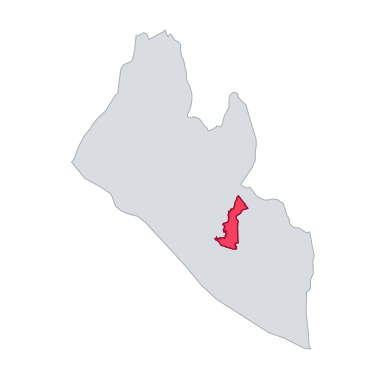 Gboe-Ploe, Grand Gedeh, Liberia shown in context, rotated 357°
{"feature_id": "62588387B47381315935072", "entity_name": "Gboe-Ploe", "entity_type": "district", "adm_level": 2, "iso_a3": "LBR", "parent_name": "Liberia", "parent_adm1": "Grand Gedeh", "projection": "equal_earth", "projection_center": [-8.826, 6.021], "detail": "fine", "context": "in_parent", "style": "filled", "palette": "rose", "viewbox_px": 384, "rotation_deg": 357, "n_neighbors": 0, "source": "geoboundaries", "source_scale": "gbopen_adm2", "svg_char_len": 5246}
<svg xmlns="http://www.w3.org/2000/svg" viewBox="0 0 384 384"><g transform="rotate(357 192 192)"><path d="M73.3,155.9L76.3,152.4L80.9,141.2L87.2,130.5L93.1,124.1L97.7,117.6L102.7,112.6L109.7,106.7L120.5,91.3L123.1,89.5L124.8,78.9L127.5,65.3L130.6,61.1L138.0,58.6L139.7,56.2L142.3,46.7L144.0,35.5L144.2,33.1L147.1,32.8L152.0,30.4L154.9,31.5L156.1,34.7L156.8,37.4L171.8,30.5L173.1,29.0L173.9,29.3L175.8,35.5L176.8,35.2L177.7,33.3L178.7,33.2L179.9,34.0L181.1,36.9L183.0,39.5L186.2,41.4L188.3,43.9L188.1,50.6L188.8,57.1L190.2,58.6L191.0,62.5L191.4,66.8L192.1,69.0L192.7,73.3L192.4,77.9L193.0,81.2L195.4,86.8L196.9,93.8L196.9,98.8L196.0,104.1L194.4,108.9L191.6,114.2L191.4,116.2L193.0,117.6L195.6,117.9L197.7,116.8L203.0,119.2L205.7,122.7L208.2,126.9L210.4,129.1L211.4,131.8L215.1,131.0L219.5,128.4L220.4,127.2L221.7,127.9L224.5,128.1L226.5,123.5L228.1,118.1L231.5,112.3L233.2,110.0L233.6,106.3L233.8,101.5L235.0,97.3L237.8,95.0L240.8,95.1L242.5,95.9L243.3,100.0L245.8,103.0L247.8,105.1L248.9,106.0L250.7,108.4L252.3,116.5L258.8,142.8L258.5,150.1L257.2,154.8L257.2,159.4L256.7,164.0L252.8,171.5L241.1,186.9L242.0,188.2L244.8,190.0L247.6,190.9L250.0,190.4L252.9,194.3L256.0,199.1L259.4,201.6L264.2,203.8L268.4,204.0L272.0,203.2L277.0,204.2L282.4,208.1L284.3,214.7L285.6,220.5L287.5,223.4L287.8,228.4L291.6,232.8L297.0,233.6L304.1,238.7L305.9,238.5L306.7,237.8L307.6,238.8L309.4,253.6L310.7,261.5L310.0,264.6L309.1,267.1L309.0,279.1L305.8,285.9L305.3,293.5L304.4,295.9L301.0,298.1L301.0,303.9L300.1,310.9L299.7,318.3L300.7,337.7L300.9,352.2L302.4,355.0L295.7,353.8L276.2,342.7L261.1,336.4L210.5,300.1L196.5,285.6L180.3,263.9L144.3,220.4L136.2,213.4L125.8,210.0L119.4,206.3L114.9,202.3L111.3,190.2L102.3,183.0L85.7,172.8L73.3,155.9Z" fill="#d9dde1" stroke="#a8b0b8" stroke-width="1"/><path d="M238.0,198.3L237.7,198.9L237.3,199.7L237.2,199.8L236.9,199.9L236.7,199.8L236.6,200.1L236.5,200.3L236.3,201.4L236.0,202.0L235.4,203.0L235.2,203.5L234.9,203.9L234.6,204.3L234.3,205.9L234.3,206.0L234.1,206.2L234.0,206.4L233.9,206.5L234.0,207.0L234.1,207.4L234.0,207.7L233.9,207.7L233.8,207.9L233.5,208.6L233.3,208.7L233.0,209.2L233.1,209.4L233.2,209.8L233.1,210.3L232.6,210.5L232.5,211.1L231.4,211.0L231.2,211.3L230.9,211.4L230.7,211.7L230.6,211.8L230.3,211.7L230.2,211.2L229.8,211.6L229.6,211.8L229.2,213.2L228.8,213.4L228.6,213.5L228.4,213.5L228.2,213.2L228.0,212.8L228.0,212.6L227.6,213.6L227.7,213.9L228.1,214.1L228.3,214.4L228.2,214.8L227.9,214.8L227.6,215.0L227.6,215.5L227.5,216.0L227.4,217.1L227.1,216.6L226.8,216.7L226.9,217.0L227.1,217.5L227.4,217.9L227.7,218.8L227.3,218.9L227.2,218.9L227.2,219.0L227.3,219.1L227.2,220.9L227.1,221.3L227.0,221.8L226.8,222.5L226.7,223.2L226.6,223.5L225.7,223.9L225.5,224.1L225.1,224.2L224.9,224.3L224.6,224.3L224.3,224.4L224.1,224.5L223.8,224.6L223.6,224.7L223.1,224.9L222.6,224.8L222.4,224.8L222.3,225.0L222.4,225.3L222.2,225.6L221.9,225.2L221.7,225.2L221.5,225.4L221.4,225.5L221.2,225.9L221.7,225.9L221.7,226.3L221.7,226.5L222.0,226.8L222.3,227.3L222.7,227.8L222.9,227.8L223.1,228.0L223.2,228.4L223.2,228.5L223.1,228.4L222.9,228.3L222.7,228.4L222.6,228.6L222.5,228.9L222.4,229.5L222.2,229.9L222.1,230.1L222.1,230.3L222.0,230.5L221.7,230.8L221.2,231.4L221.3,231.9L221.6,232.0L221.8,232.2L221.8,232.6L221.7,233.0L221.6,233.4L221.7,233.7L221.9,233.8L222.2,233.6L222.3,233.1L222.4,232.6L222.7,232.3L223.4,232.4L223.5,232.7L223.3,232.8L222.9,232.8L222.9,233.1L223.1,233.2L223.7,233.2L224.0,233.0L224.2,233.4L224.0,234.0L223.7,234.2L223.5,234.5L223.6,235.4L223.8,235.5L224.5,235.8L224.5,236.0L223.5,237.0L223.5,237.7L223.5,237.8L223.3,237.7L223.0,237.6L223.0,238.0L222.8,238.3L222.9,238.5L222.8,238.8L222.5,238.9L222.5,239.0L222.5,239.3L222.5,239.6L222.2,239.8L222.0,240.0L221.7,239.5L221.7,239.4L220.3,239.2L219.8,239.2L219.4,239.4L219.2,239.7L218.6,240.3L217.7,239.1L217.4,239.1L217.3,239.4L217.2,239.6L215.8,240.4L215.5,240.5L215.2,239.6L214.5,239.8L214.4,239.5L214.1,238.6L213.2,239.7L212.9,239.8L212.9,240.2L212.6,240.3L212.9,240.6L213.1,240.9L214.2,241.5L215.5,242.4L216.5,243.4L217.2,244.6L217.8,246.3L218.6,246.9L220.0,247.4L221.2,247.6L222.1,248.0L223.0,248.8L223.6,248.9L224.4,248.9L225.3,249.4L226.3,249.8L226.6,249.9L226.8,250.0L228.0,250.3L228.9,250.6L229.6,251.0L230.5,251.2L231.0,251.1L231.5,251.2L232.4,251.3L233.1,251.3L233.4,250.9L233.5,250.4L233.6,250.2L233.4,249.8L233.2,249.7L233.4,249.2L233.4,248.7L233.0,248.7L232.8,248.8L232.7,248.9L232.5,248.6L232.4,248.4L232.2,248.0L232.2,247.7L232.4,247.3L232.6,247.0L232.5,246.6L232.4,246.3L232.3,246.2L233.1,245.8L233.2,245.7L233.4,245.6L234.2,245.3L235.5,245.1L235.5,243.5L235.4,238.4L235.5,237.5L235.6,233.6L235.6,233.3L235.6,232.1L235.6,230.9L235.6,230.1L235.6,229.7L235.7,229.1L235.8,227.7L236.0,226.8L236.0,226.1L236.7,223.7L235.2,221.5L234.7,220.3L234.7,219.7L235.0,218.4L236.5,217.4L237.6,216.9L237.9,216.7L238.8,216.0L238.9,215.9L239.3,215.7L239.5,215.6L240.2,214.1L240.8,213.5L241.6,212.7L241.8,212.6L243.0,212.0L244.1,211.9L244.4,211.8L245.4,211.7L246.4,211.4L246.8,211.2L246.6,210.8L246.0,209.8L245.4,209.2L244.9,208.5L244.4,208.2L244.0,207.5L244.3,207.0L244.4,206.9L243.7,206.1L243.5,205.9L242.3,204.4L242.2,204.2L241.6,203.4L241.3,203.1L241.1,202.6L240.1,201.0L239.1,199.6L238.0,198.3Z" fill="#f43f5e" stroke="#9f1239" stroke-width="1.5"/></g></svg>